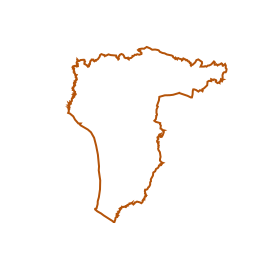 Pati, Jawa Tengah, Indonesia, rotated 200°
{"feature_id": "22746128B37789509782125", "entity_name": "Pati", "entity_type": "district", "adm_level": 2, "iso_a3": "IDN", "parent_name": "Indonesia", "parent_adm1": "Jawa Tengah", "projection": "albers", "projection_center": [111.054, -6.706], "detail": "fine", "context": "isolated", "style": "outline", "palette": "amber", "viewbox_px": 256, "rotation_deg": 200, "n_neighbors": 0, "source": "geoboundaries", "source_scale": "gbopen_adm2", "svg_char_len": 5882}
<svg xmlns="http://www.w3.org/2000/svg" viewBox="0 0 256 256"><g transform="rotate(200 128 128)"><path d="M198.6,174.8L198.4,174.4L198.8,174.4L198.2,173.5L198.5,173.3L198.7,172.0L198.1,170.9L197.5,171.1L197.4,169.7L196.8,169.4L196.6,169.8L196.2,168.9L197.2,168.2L198.1,168.5L198.7,167.9L198.6,167.6L199.1,168.1L199.4,167.7L199.7,167.9L200.7,167.2L200.9,166.4L200.2,166.4L200.1,165.0L199.2,165.2L199.3,164.7L198.8,164.5L198.8,163.8L197.8,162.8L197.6,162.3L197.9,162.0L197.4,161.8L197.2,161.2L196.5,161.1L195.8,159.9L195.3,160.1L195.0,159.6L194.5,159.9L194.7,158.0L193.3,157.3L193.4,156.7L192.7,156.2L192.9,155.0L193.5,154.9L193.5,154.0L193.8,154.1L194.1,153.8L193.4,153.2L193.8,153.1L193.7,152.6L194.1,152.2L193.5,151.6L193.9,151.2L193.5,150.7L193.0,151.0L192.9,150.4L192.8,150.7L192.3,150.2L192.5,149.6L192.9,149.8L193.3,149.4L192.9,148.4L193.3,148.0L193.2,147.2L193.6,147.0L193.1,146.5L193.4,146.1L193.1,146.0L193.1,145.6L192.4,145.3L192.5,144.9L191.9,145.0L191.1,144.1L190.5,144.2L190.3,144.7L190.2,143.7L190.5,143.6L189.3,142.5L190.2,142.3L190.0,141.8L190.9,141.6L190.6,141.2L190.8,140.7L190.3,140.6L190.8,140.3L190.3,140.1L190.3,139.7L190.0,140.3L189.8,140.0L189.4,140.2L189.6,139.6L189.2,139.0L189.4,138.7L190.0,139.0L190.4,138.6L190.1,137.5L190.5,137.4L190.3,137.0L190.8,136.2L190.0,134.3L190.5,133.0L191.1,133.0L190.6,132.3L191.1,132.3L191.0,131.8L191.4,131.7L191.4,130.6L192.0,130.8L191.5,130.2L191.0,130.2L191.3,129.9L190.9,129.0L191.4,129.2L191.9,128.9L190.9,128.7L191.2,127.7L190.6,127.2L191.1,127.0L190.2,126.8L190.8,126.1L190.3,125.4L190.0,125.9L189.6,125.4L189.8,124.5L189.3,123.4L189.4,121.7L187.5,121.7L183.4,120.2L180.6,117.7L176.2,115.3L174.1,116.0L174.5,114.9L173.5,114.3L165.2,112.8L161.3,111.3L156.5,107.2L151.9,100.5L147.2,92.7L142.1,82.0L141.0,78.2L136.2,69.3L133.3,60.7L131.7,53.0L131.4,48.9L130.5,46.1L130.1,41.7L131.2,40.9L131.0,40.2L128.3,39.2L124.1,38.5L120.8,37.5L110.0,35.1L109.5,34.7L108.6,35.0L108.6,37.5L109.0,39.2L108.3,40.6L107.7,40.7L107.6,41.3L108.3,41.5L107.6,42.2L108.3,42.3L108.2,42.9L109.1,42.9L109.3,43.5L108.0,44.4L108.3,44.8L107.7,45.9L108.3,46.2L107.8,46.5L107.4,48.5L108.3,49.3L108.0,49.7L107.0,50.0L107.3,50.6L106.7,50.9L106.7,51.9L105.8,51.7L105.7,51.4L105.6,52.1L104.6,52.8L103.0,52.9L102.7,53.7L103.0,53.9L103.3,53.6L103.4,53.9L102.0,54.8L102.4,55.0L102.3,55.4L100.8,56.8L100.8,57.6L99.7,57.8L99.4,58.5L98.9,58.6L98.6,59.1L98.6,58.5L98.1,58.7L96.8,58.0L96.1,59.3L96.0,60.4L95.6,60.5L94.4,61.9L91.4,62.2L89.8,61.9L89.1,63.1L89.1,64.9L89.4,65.0L88.8,67.3L88.3,67.0L88.7,68.9L87.9,69.8L88.4,70.3L87.8,71.0L88.6,71.4L88.7,71.9L89.6,72.2L89.8,73.3L90.6,74.4L90.8,75.9L89.5,76.4L88.9,77.2L88.6,79.3L88.1,79.8L87.9,81.2L87.8,82.3L88.6,84.6L88.2,85.8L89.0,87.6L88.3,91.8L89.0,94.8L87.7,96.6L87.6,99.2L86.3,100.6L85.9,102.2L86.1,103.3L84.2,104.4L84.1,104.8L85.1,104.6L85.3,104.9L83.2,107.2L83.9,107.2L84.6,106.7L84.9,107.3L86.8,108.3L87.3,109.8L87.5,112.0L89.8,116.2L92.0,117.9L92.7,119.1L92.7,120.6L93.4,121.3L93.1,122.1L93.8,122.7L94.3,124.8L94.8,124.2L95.5,125.3L95.9,125.1L96.2,125.6L95.9,125.9L96.1,126.5L95.7,128.0L96.0,128.6L97.0,128.9L97.1,129.4L96.2,130.5L96.4,131.0L95.9,131.5L96.1,131.9L95.8,132.2L96.3,132.4L96.2,132.7L95.8,132.7L95.2,133.4L95.2,132.6L94.6,132.2L94.2,130.8L93.3,131.2L92.9,133.1L92.9,136.1L93.1,136.7L94.2,137.3L93.3,138.1L95.2,137.9L96.0,138.5L97.3,138.6L98.0,141.6L99.2,142.4L99.4,143.6L104.1,143.3L105.7,143.8L104.9,145.7L105.3,148.4L105.7,148.9L105.3,150.1L105.5,150.9L106.4,151.8L107.5,155.1L107.3,158.3L108.4,158.7L108.4,164.6L109.2,168.0L104.6,171.3L100.0,173.1L96.9,174.7L91.9,178.4L91.7,177.9L91.7,178.4L83.1,178.6L79.3,178.2L78.4,178.6L78.8,181.7L79.8,185.0L79.9,186.6L79.2,186.9L77.1,187.0L74.3,186.3L73.3,188.1L71.1,188.3L70.6,188.1L70.6,188.9L71.4,189.8L70.1,191.4L68.2,195.2L69.1,198.7L67.9,200.1L65.8,200.5L66.5,202.3L64.3,202.2L63.8,203.1L61.8,203.1L61.3,202.7L61.4,201.5L59.3,200.8L58.7,201.5L57.6,201.5L57.9,201.9L57.7,202.9L57.0,203.2L57.3,205.2L55.6,204.4L55.6,205.9L55.2,206.2L56.4,206.2L56.3,207.7L57.3,210.0L57.3,212.3L56.7,213.3L55.3,213.8L55.1,214.8L55.5,217.1L56.7,217.8L57.5,220.2L58.7,221.3L59.8,219.1L60.3,218.9L61.5,220.5L62.3,220.7L63.7,218.9L64.7,218.4L65.2,217.4L66.8,218.1L67.2,217.5L68.2,217.1L69.1,218.9L68.9,219.4L70.0,219.9L71.5,216.2L73.0,214.6L74.4,213.9L75.2,212.5L76.7,212.5L77.5,211.7L80.8,210.5L80.5,214.0L81.2,215.4L85.4,216.5L86.9,215.2L87.3,212.6L88.9,209.5L89.5,209.5L90.0,208.1L90.5,208.5L90.2,209.5L91.7,210.0L91.7,210.7L92.7,210.6L93.3,211.4L94.4,211.2L95.4,212.0L96.0,212.1L96.5,211.5L97.6,212.1L98.1,211.9L99.4,212.3L99.8,212.3L100.0,211.3L100.9,210.9L100.2,210.3L100.5,209.9L101.2,210.8L101.8,210.9L103.6,210.6L104.7,210.9L105.2,210.5L105.3,209.4L107.0,210.2L106.9,209.2L107.1,209.0L107.8,209.6L109.7,209.9L110.3,210.8L111.8,211.1L116.6,210.4L119.1,210.7L121.3,210.3L124.2,210.5L125.5,211.4L126.7,211.5L129.4,211.0L132.1,209.8L134.6,210.4L138.2,210.5L140.0,208.0L142.0,207.4L144.5,206.0L145.3,204.7L144.2,204.1L142.9,204.6L142.8,204.0L140.9,203.1L140.7,202.1L142.5,200.7L144.6,200.5L145.3,199.5L146.6,199.2L147.3,197.7L148.1,197.4L147.8,197.1L149.1,194.8L151.0,193.8L150.8,192.8L152.2,193.2L152.6,193.4L152.2,193.4L152.3,193.9L153.9,192.9L155.4,193.0L156.2,194.1L157.7,195.2L159.5,195.3L160.7,194.0L160.8,192.8L161.3,192.2L161.1,191.2L160.2,189.9L160.6,189.1L161.3,189.8L163.2,190.6L164.0,192.0L169.2,190.6L171.5,190.5L173.6,188.3L174.7,188.4L174.7,187.8L175.7,188.3L178.3,188.3L179.2,186.9L179.0,185.4L179.8,182.5L180.3,181.7L181.5,180.9L181.3,180.1L182.3,179.8L182.5,179.2L183.5,179.5L184.0,180.4L185.6,179.9L185.6,179.0L186.1,178.5L186.2,177.3L185.7,175.0L186.3,174.7L185.9,173.6L186.3,173.2L185.9,172.5L186.5,171.9L187.2,172.6L187.7,172.5L187.9,172.9L190.9,173.3L191.2,174.0L191.0,174.3L191.4,175.3L191.2,175.7L191.8,176.0L191.9,176.8L192.7,177.1L195.7,175.7L196.8,174.3L197.7,174.3L198.6,174.8Z" fill="none" stroke="#b45309" stroke-width="2"/></g></svg>